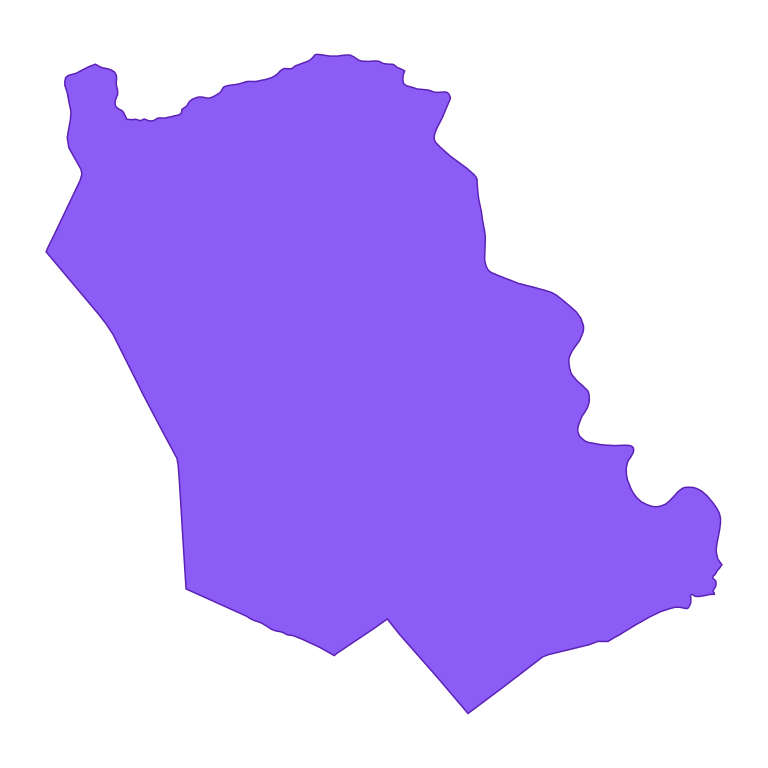 outline of Duc Hue, Long An, Vietnam
{"feature_id": "81297802B23772600550478", "entity_name": "Duc Hue", "entity_type": "district", "adm_level": 2, "iso_a3": "VNM", "parent_name": "Vietnam", "parent_adm1": "Long An", "projection": "orthographic", "projection_center": [106.28, 10.865], "detail": "fine", "context": "isolated", "style": "filled", "palette": "violet", "viewbox_px": 768, "rotation_deg": 0, "n_neighbors": 0, "source": "geoboundaries", "source_scale": "gbopen_adm2", "svg_char_len": 5292}
<svg xmlns="http://www.w3.org/2000/svg" viewBox="0 0 768 768"><path d="M721.9,564.8L720.6,563.0L717.9,559.1L716.8,555.0L716.2,551.1L716.2,549.8L716.9,543.5L717.9,538.7L719.6,529.9L720.5,523.0L720.5,518.4L719.5,513.6L717.0,508.6L713.1,503.0L706.9,495.6L701.2,490.8L696.6,488.5L693.3,487.5L688.1,487.2L684.9,487.5L684.7,487.5L682.5,488.3L680.4,489.8L677.7,492.0L674.0,496.2L669.7,500.7L666.0,503.9L661.7,505.8L658.1,506.6L655.0,506.8L651.8,506.3L647.2,504.8L641.3,501.8L636.7,497.6L633.0,492.6L630.7,488.1L627.5,479.9L626.5,475.3L626.2,468.7L627.0,464.5L628.1,460.8L630.8,457.0L633.2,452.6L633.6,450.9L633.6,449.5L633.5,448.4L633.3,447.8L632.6,447.0L631.6,446.2L630.3,445.7L628.6,445.4L624.8,445.2L614.7,445.6L607.5,445.2L605.6,445.1L600.3,444.6L594.5,443.5L588.0,442.3L584.8,440.9L581.3,438.0L579.3,435.8L577.8,431.7L577.8,428.6L578.0,427.1L579.6,422.0L581.8,416.6L583.9,413.6L587.4,407.8L588.9,403.2L589.4,399.9L589.1,395.3L588.9,393.8L588.5,392.6L587.7,390.7L585.5,388.5L582.1,385.2L577.4,381.2L575.4,378.9L572.2,375.1L570.8,372.5L569.4,366.9L568.9,362.4L568.9,360.2L569.1,358.0L570.6,354.2L572.2,350.9L579.7,340.3L582.7,333.1L583.4,330.6L583.6,327.7L583.4,325.5L580.9,318.3L576.0,311.6L566.5,303.3L557.1,295.7L552.7,293.1L552.4,292.9L548.7,291.5L537.6,288.3L520.1,283.8L518.7,283.5L513.5,281.4L504.5,278.0L497.9,275.3L490.8,272.3L488.3,270.2L486.3,266.6L485.4,263.5L484.6,259.5L484.7,256.6L485.2,242.3L485.3,236.7L484.5,230.5L482.8,221.6L482.5,219.8L481.8,214.7L481.5,212.2L479.0,200.3L478.1,194.8L477.1,182.5L477.1,179.4L476.2,177.5L474.4,175.0L467.1,168.5L454.1,158.9L450.0,155.9L440.1,147.0L435.5,142.3L434.2,139.0L434.2,136.9L434.8,133.5L436.8,128.4L442.6,117.1L445.9,109.1L449.4,101.0L450.4,98.5L450.1,96.5L448.6,93.6L447.2,92.5L444.9,91.9L441.3,92.2L437.0,92.4L434.5,92.2L428.5,90.1L423.0,89.5L417.3,89.0L412.5,87.4L406.1,85.6L404.1,84.0L403.4,83.1L402.8,79.7L403.1,75.5L404.7,70.9L401.2,69.1L399.5,68.3L397.4,67.5L396.0,66.5L394.7,65.4L393.8,64.7L392.1,64.2L390.5,64.2L387.5,64.1L385.2,63.8L383.0,63.4L379.6,61.6L377.2,61.0L372.5,61.1L368.8,61.4L365.3,61.3L362.6,61.2L360.4,60.8L358.2,59.9L354.2,57.1L350.6,55.2L347.8,55.0L344.9,55.1L337.0,56.1L330.0,56.1L324.8,55.3L320.3,54.7L318.2,54.4L316.2,54.4L315.2,54.8L314.1,55.8L313.0,57.2L311.0,59.3L308.7,60.9L301.7,63.5L298.5,64.7L295.2,65.9L293.8,67.0L293.2,67.6L292.1,68.4L290.0,68.8L288.5,68.7L286.7,68.6L284.6,68.5L283.0,69.0L281.8,69.8L280.2,70.9L277.8,73.6L275.0,75.8L271.6,77.6L266.3,79.3L263.2,80.0L261.5,80.2L259.2,80.8L255.5,81.5L253.4,81.5L251.7,81.4L248.1,81.4L245.8,81.8L242.7,82.8L239.9,83.7L235.8,84.5L231.1,85.1L229.4,85.3L226.0,86.1L224.1,86.8L223.4,87.5L222.7,88.4L221.5,90.6L220.1,92.5L216.3,95.0L213.2,96.7L210.1,97.9L208.7,98.2L206.3,98.0L204.6,97.5L201.8,97.0L199.0,97.0L196.6,97.5L192.3,99.3L190.1,100.9L188.9,102.2L187.2,105.3L186.0,106.7L184.4,107.7L182.8,108.8L182.2,109.2L181.9,109.7L181.8,110.7L181.4,112.7L180.8,113.5L180.5,113.8L179.1,114.7L176.3,115.5L173.7,116.0L170.9,116.8L168.0,117.3L165.7,117.9L163.9,118.2L162.3,118.0L160.0,117.9L157.9,118.1L157.0,118.4L155.8,119.3L154.3,120.2L153.0,120.8L152.2,120.9L149.6,120.9L147.8,120.4L146.3,119.8L145.4,119.3L144.0,119.1L142.9,119.5L142.3,120.0L141.2,120.4L140.0,120.5L138.8,120.3L137.4,119.8L136.3,119.5L135.4,119.3L134.4,119.4L131.7,119.7L126.9,119.3L123.8,112.9L122.6,111.1L121.0,110.1L118.6,108.9L116.3,107.1L115.4,105.4L115.1,103.6L115.2,100.9L116.5,97.1L117.6,94.7L117.7,92.5L117.4,89.2L116.4,85.5L116.2,82.8L116.5,79.0L116.5,76.6L116.1,74.8L115.3,73.3L114.8,72.6L114.1,71.7L111.3,70.0L107.7,68.8L101.9,67.6L99.5,66.5L95.4,64.2L88.5,66.8L76.1,73.3L68.4,75.4L65.7,77.5L64.8,81.4L64.9,85.5L67.2,92.6L69.2,103.2L71.0,111.6L70.4,119.7L68.0,132.6L67.2,137.8L68.9,147.9L81.0,169.4L81.9,174.1L80.1,180.4L52.6,238.1L48.1,247.0L46.1,251.8L98.4,314.0L106.7,324.7L109.7,329.4L112.9,334.2L139.2,386.6L143.0,394.4L157.8,422.5L163.4,433.1L177.0,458.4L178.2,465.6L179.6,484.7L183.1,542.1L186.0,587.9L186.0,588.9L246.7,616.3L250.7,618.9L254.6,620.7L258.9,622.0L261.6,623.1L265.3,625.3L271.2,629.1L274.8,630.6L277.2,631.2L279.2,631.5L280.7,631.8L282.8,632.5L286.9,634.6L288.0,634.9L290.2,635.2L291.3,635.3L292.3,635.5L294.2,636.0L301.9,639.1L309.2,642.5L313.4,644.4L319.6,647.3L334.3,655.6L336.8,653.4L372.0,629.8L387.1,619.2L387.3,619.0L399.2,634.0L438.3,678.5L457.9,701.6L468.0,713.5L505.9,685.1L542.6,656.9L545.6,655.7L549.0,654.5L589.1,644.7L597.9,641.4L607.9,641.5L613.8,637.9L619.9,634.6L625.9,630.8L636.1,624.6L649.2,617.2L660.4,611.7L669.3,608.8L672.3,608.0L674.4,607.4L677.9,607.2L679.8,607.3L684.3,608.2L686.3,608.6L687.5,608.4L688.2,607.9L689.0,606.8L690.3,604.1L690.8,602.7L690.9,600.3L690.8,597.8L690.5,596.2L690.7,595.2L691.5,594.5L691.9,594.4L693.0,594.8L693.7,595.3L694.5,595.9L695.6,596.4L697.3,596.5L699.6,596.4L702.3,596.0L706.7,595.2L708.8,594.6L711.3,594.4L713.5,594.3L714.4,594.3L714.4,593.9L714.1,592.9L713.6,592.1L713.4,591.8L713.3,591.7L713.2,591.3L713.1,590.9L714.1,588.8L715.3,587.2L715.7,586.3L715.8,585.6L716.0,584.7L716.0,583.3L716.0,582.1L715.8,581.2L715.3,580.5L714.6,579.8L713.8,579.2L713.2,578.5L712.8,578.1L712.7,577.7L712.7,577.2L712.8,576.8L713.0,576.3L713.7,575.7L714.4,575.1L715.1,574.4L715.5,573.9L716.0,572.9L716.7,571.6L717.1,571.0L718.0,569.8L719.2,568.6L721.9,564.8Z" fill="#8b5cf6" stroke="#5b21b6" stroke-width="1.5"/></svg>